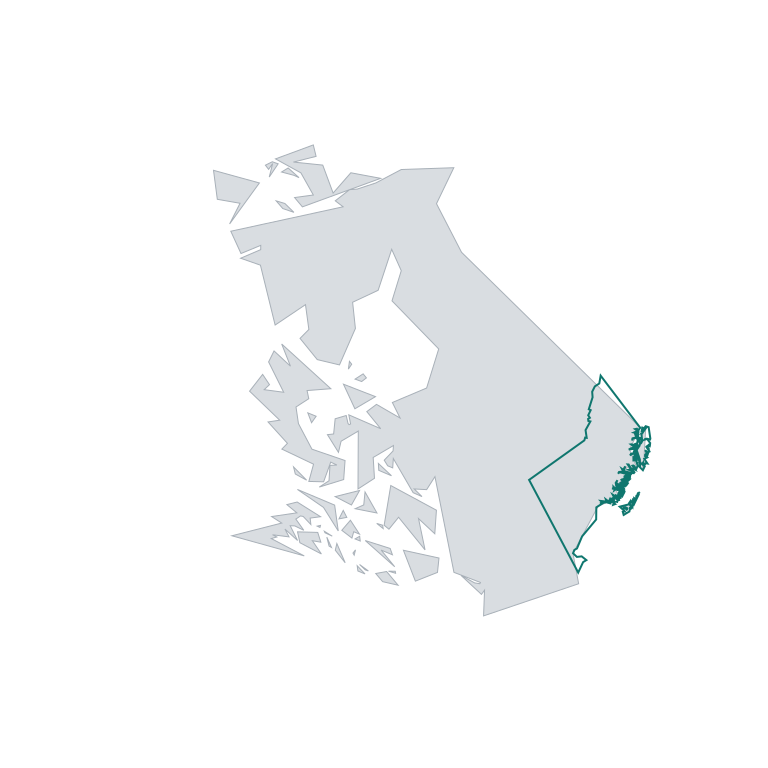 Canada, with British Columbia highlighted, rotated 240°
{"feature_id": "CAN-633", "entity_name": "British Columbia", "entity_type": "Province", "adm_level": 1, "iso_a3": "CAN", "parent_name": "Canada", "parent_adm1": "", "projection": "albers", "projection_center": [-126.982, 54.153], "detail": "fine", "context": "in_parent", "style": "outline", "palette": "teal", "viewbox_px": 768, "rotation_deg": 240, "n_neighbors": 0, "source": "natural_earth", "source_scale": "10m", "svg_char_len": 9925}
<svg xmlns="http://www.w3.org/2000/svg" viewBox="0 0 768 768"><g transform="rotate(240 384 384)"><path d="M171.2,508.4L142.9,463.0L113.7,452.7L133.4,354.3L155.2,368.0L153.1,363.2L179.7,355.0L166.5,363.0L163.1,367.1L163.9,368.3L185.9,350.4L278.3,381.8L271.2,368.1L278.0,357.7L267.5,360.6L275.3,354.9L314.8,354.8L307.0,349.6L311.3,346.3L317.9,346.1L321.5,358.4L326.0,361.4L325.8,337.9L307.1,328.6L306.1,309.0L356.1,338.2L355.9,318.2L347.6,310.4L368.4,309.7L365.9,315.4L378.3,324.3L375.6,335.5L367.8,333.1L366.3,333.4L366.1,335.1L374.9,338.1L346.9,358.8L368.7,355.3L370.1,367.3L346.5,380.9L363.8,382.0L359.2,418.9L387.0,448.9L452.0,432.5L473.5,455.6L496.8,458.0L468.1,425.8L470.5,397.7L446.4,387.0L422.8,355.0L438.5,338.4L465.5,334.1L468.8,346.2L492.0,355.7L489.5,319.2L548.7,336.4L564.6,322.7L562.0,344.4L565.7,346.6L568.5,325.4L592.9,327.7L557.9,437.2L567.0,433.4L569.5,451.4L566.2,458.2L562.2,477.5L561.1,506.2L536.4,552.6L513.9,519.6L459.3,517.0L218.1,584.1L204.6,563.9L184.9,561.0L191.7,551.0L182.3,553.9L179.9,531.1L168.1,532.1L171.2,508.4ZM337.4,302.7L343.0,298.8L329.5,282.8L337.2,270.2L349.8,282.9L378.7,263.0L380.9,270.7L409.1,264.6L404.8,275.6L445.0,264.0L453.0,283.7L440.7,284.5L439.0,277.4L427.0,293.0L460.8,295.1L467.6,305.3L446.2,311.9L469.8,315.4L406.5,335.6L416.8,314.1L408.9,311.5L408.1,296.3L392.5,290.1L363.6,289.0L337.2,312.0L321.4,301.3L327.1,276.4L327.7,288.0L340.5,296.5L337.4,302.7ZM275.0,229.0L328.6,176.4L314.7,225.9L325.4,220.4L316.0,244.1L328.1,239.6L325.2,249.8L300.8,262.7L304.8,253.0L298.9,250.4L309.7,247.8L311.5,245.7L311.1,240.1L297.4,241.4L305.7,235.8L308.2,231.9L291.7,230.9L307.9,225.7L299.1,225.3L309.2,212.1L305.1,214.7L306.5,209.1L275.0,229.0ZM219.8,336.6L261.3,330.0L255.8,315.7L261.6,313.5L292.7,339.1L248.5,366.3L228.9,353.1L250.2,346.6L219.8,336.6ZM604.2,440.4L574.8,435.4L583.5,460.9L563.8,483.9L578.2,401.9L590.2,399.8L583.0,417.3L608.4,417.6L633.2,402.6L626.4,442.3L615.1,439.0L621.5,416.5L604.2,440.4ZM197.6,312.6L230.3,317.7L205.8,344.6L194.1,336.1L197.6,312.6ZM268.1,244.8L288.6,231.8L299.2,235.2L288.6,252.4L278.6,250.2L284.1,243.6L268.1,244.8ZM279.6,270.9L307.4,269.9L336.0,256.3L303.8,280.7L279.6,270.9ZM220.4,301.9L257.8,289.5L238.5,307.1L231.9,305.9L241.6,298.5L220.4,301.9ZM599.8,330.3L612.5,349.7L627.3,332.0L654.3,343.2L620.4,376.6L599.8,330.3ZM275.8,313.4L290.4,296.7L289.4,306.0L300.0,313.6L275.8,313.4ZM377.3,370.3L377.1,346.4L404.1,348.8L377.3,370.3ZM295.5,295.3L310.9,285.4L304.0,309.6L295.5,295.3ZM224.0,282.1L220.3,292.5L202.7,295.6L213.5,284.0L224.0,282.1ZM278.4,274.3L282.8,286.8L266.3,287.7L271.2,283.9L266.6,279.2L278.4,274.3ZM248.6,261.0L264.4,258.7L269.4,263.4L248.6,261.0ZM180.4,565.9L200.4,570.1L216.9,589.9L180.4,565.9ZM339.4,268.9L350.4,262.2L357.4,264.2L339.4,268.9ZM300.8,344.6L311.8,336.3L318.0,339.4L300.8,344.6ZM289.7,277.6L294.9,285.5L287.1,285.1L289.7,277.6ZM271.1,255.4L280.0,257.9L268.7,256.8L271.1,255.4ZM386.7,301.9L397.1,303.6L390.0,309.1L386.7,301.9ZM232.4,274.8L239.9,272.6L229.9,277.0L232.4,274.8ZM266.9,308.0L262.4,312.2L259.2,311.0L266.9,308.0ZM620.6,388.1L630.6,397.8L627.6,391.4L632.8,390.7L632.3,398.4L627.6,402.4L620.6,388.1ZM235.1,267.9L240.0,269.9L229.0,272.6L235.1,267.9ZM596.5,382.2L589.9,388.4L577.7,391.8L586.5,384.1L596.5,382.2ZM402.7,361.4L403.2,371.0L398.1,371.8L397.3,365.9L402.7,361.4ZM152.1,535.7L159.8,527.1L156.9,536.5L152.1,535.7ZM278.1,263.1L284.7,258.5L286.3,258.7L278.1,263.1ZM264.3,281.5L264.3,286.8L259.9,284.9L264.3,281.5ZM605.2,413.6L609.8,410.3L618.8,401.3L619.0,409.0L605.2,413.6ZM414.7,360.6L420.9,365.4L417.3,365.9L414.7,360.6ZM219.7,294.3L216.2,300.1L214.3,299.4L219.7,294.3ZM294.3,255.1L293.3,258.3L291.8,256.8L294.3,255.1ZM253.1,272.6L254.6,276.4L250.7,272.6L253.1,272.6ZM153.3,537.7L156.9,540.8L161.3,549.1L153.3,537.7Z" fill="#d9dde1" stroke="#a8b0b8" stroke-width="1"/><path d="M282.9,575.8L218.0,584.0L216.7,580.9L218.8,580.7L219.4,578.9L216.5,580.3L217.0,576.2L214.8,578.5L214.6,579.8L210.7,577.3L211.5,576.0L212.8,578.6L214.4,576.3L211.6,575.8L212.7,572.1L212.1,571.4L210.9,570.8L212.3,572.0L211.5,575.1L209.1,576.1L205.1,572.8L206.1,573.6L206.6,570.7L205.8,569.8L207.9,568.4L208.2,567.7L203.2,569.9L204.6,567.0L204.9,563.2L202.5,568.9L201.3,567.6L199.7,568.4L200.5,565.6L199.1,568.8L198.2,567.8L196.7,568.4L194.8,567.9L199.4,565.2L200.1,563.2L199.2,561.4L199.2,565.0L197.3,566.1L195.3,566.2L196.5,564.9L195.4,564.1L192.9,564.4L195.5,563.3L193.1,561.8L192.0,564.0L188.6,563.3L189.6,564.6L186.8,563.3L184.3,560.1L188.3,559.5L188.8,559.1L189.0,558.3L184.4,558.6L186.0,557.5L186.6,555.7L192.0,555.6L192.5,554.8L186.9,555.3L187.4,553.1L185.4,554.9L186.6,555.4L184.9,557.6L183.8,553.1L188.8,548.1L192.0,551.8L190.2,548.3L191.6,547.6L188.5,547.4L190.3,543.6L189.3,541.9L189.9,543.8L185.6,548.3L183.9,549.2L183.8,545.9L183.0,547.8L183.9,545.2L181.1,548.5L180.4,548.3L181.6,546.5L182.3,542.0L183.0,541.5L180.2,542.4L180.0,538.9L177.6,537.4L176.9,534.3L180.0,536.7L182.4,535.6L184.0,538.1L182.5,535.2L178.0,533.7L178.3,531.7L180.2,531.3L178.8,530.6L179.5,529.2L177.2,531.9L177.4,531.2L176.8,530.5L177.0,531.9L175.3,533.4L174.8,536.1L169.7,529.7L170.2,527.5L172.2,529.8L171.0,527.1L172.8,527.3L173.9,526.7L171.6,526.6L169.7,527.4L169.0,524.6L167.5,524.9L168.0,522.1L170.3,525.5L170.8,525.7L170.8,523.5L168.4,521.8L169.3,521.3L170.6,522.4L171.5,522.4L169.7,519.8L173.2,518.4L170.9,517.9L174.4,513.2L172.9,513.6L172.3,511.4L172.4,514.3L170.1,518.1L171.4,515.0L171.0,506.2L160.6,500.0L153.0,479.4L145.1,468.9L145.1,465.9L142.9,463.1L137.8,464.6L135.9,469.0L130.3,471.2L130.2,467.4L123.6,457.9L228.4,461.7L235.0,529.3L237.0,531.4L236.0,532.6L243.3,535.5L248.4,544.0L249.8,542.5L251.7,543.3L251.8,545.4L254.8,545.2L258.0,549.9L259.7,548.7L268.2,558.0L273.2,560.4L276.5,565.4L276.8,570.7L282.9,575.8ZM216.6,589.5L214.3,591.6L203.6,587.4L202.9,586.7L205.3,584.2L205.8,582.7L205.5,581.7L204.9,584.4L199.8,585.0L197.9,583.6L199.7,582.3L198.8,583.0L198.6,580.5L196.7,581.6L197.3,581.1L197.6,579.8L192.8,580.1L193.0,578.1L196.1,577.1L192.8,576.9L192.2,574.8L190.9,574.0L188.8,575.1L189.1,572.0L183.4,572.4L184.5,571.0L183.3,568.5L186.6,569.5L185.8,567.9L186.8,567.0L182.3,568.6L179.9,565.1L183.6,564.1L190.7,567.8L200.5,569.8L202.7,574.3L204.8,576.5L204.2,577.1L205.5,579.2L211.7,581.7L215.0,589.1L215.8,587.4L216.6,589.5ZM153.1,536.9L152.5,534.9L154.4,535.6L150.9,532.8L150.8,526.1L153.9,526.9L153.2,528.8L156.5,528.3L155.8,530.8L153.0,531.5L155.0,531.9L154.1,532.9L156.3,531.7L157.0,529.6L156.4,527.9L159.9,526.8L157.2,536.4L153.1,536.9ZM162.1,548.9L160.9,549.3L154.5,539.9L156.0,539.4L153.2,537.6L158.3,536.7L159.5,539.2L156.8,538.8L159.3,540.4L157.2,540.2L156.8,540.8L158.9,541.7L157.6,542.7L160.2,546.8L161.4,545.9L160.5,547.0L162.1,548.9ZM177.8,543.8L175.7,542.1L176.4,542.0L176.1,541.6L177.6,540.1L177.4,539.7L175.3,541.0L176.1,537.1L179.6,540.3L179.1,544.8L178.1,544.9L178.9,541.4L178.8,540.8L177.8,543.8ZM168.7,530.3L171.4,532.2L174.5,537.5L172.8,537.9L168.7,530.3ZM171.8,537.7L170.4,538.4L166.9,533.1L170.3,535.2L171.8,537.7ZM184.7,548.9L188.2,548.2L183.7,552.0L184.7,548.9ZM191.4,574.9L192.1,578.2L189.9,575.7L191.4,574.9ZM167.5,529.3L166.1,529.4L165.7,530.5L166.1,529.1L167.8,528.0L168.9,529.6L167.3,530.8L167.5,529.3ZM182.9,554.1L181.9,551.2L183.3,551.1L182.9,554.1ZM175.8,543.3L176.5,546.5L174.7,542.3L175.8,543.3ZM182.9,554.6L182.6,557.5L181.9,555.7L182.9,554.6ZM181.0,544.0L179.9,547.3L180.5,542.8L181.0,544.0ZM175.6,536.2L175.7,533.5L177.9,532.7L177.5,534.1L176.9,534.0L176.1,534.8L175.6,536.2ZM192.4,566.3L194.7,564.5L195.5,565.4L194.7,566.4L192.4,566.3ZM206.4,576.2L208.6,576.6L210.3,578.8L208.0,577.6L206.4,576.2ZM168.1,533.2L168.6,531.3L169.6,533.9L168.1,533.2ZM179.4,544.8L179.7,546.7L178.4,545.8L178.3,546.1L177.6,545.7L179.4,544.8ZM175.7,539.3L174.9,536.7L175.4,536.9L175.7,539.3ZM202.3,570.0L201.8,568.7L203.5,571.2L202.9,572.1L202.9,570.9L202.3,570.0ZM169.1,520.0L167.9,519.9L169.9,517.9L169.1,520.0ZM176.8,534.4L177.1,536.9L175.7,536.4L176.8,534.4ZM202.5,573.1L201.6,572.0L201.5,570.5L202.6,571.1L202.5,573.1ZM164.8,522.0L165.7,522.9L164.5,523.8L164.8,522.0ZM178.0,546.6L178.9,547.9L178.5,548.6L178.0,546.6ZM181.5,549.2L180.7,550.7L179.5,549.8L180.0,548.9L181.5,549.2ZM173.6,538.3L174.0,540.4L173.0,538.5L173.6,538.3ZM216.1,586.5L215.0,587.0L214.4,584.6L215.2,585.7L216.1,586.5ZM158.5,542.7L158.8,542.7L158.7,542.8L160.1,543.6L159.1,544.1L158.5,542.7ZM182.6,549.6L183.2,548.3L183.7,549.4L182.6,549.6ZM196.0,580.3L195.3,581.6L195.3,580.5L196.0,580.3ZM205.1,572.1L204.4,570.1L205.6,571.6L205.1,572.1ZM181.9,550.8L181.1,550.2L182.1,549.5L181.9,550.8ZM162.0,549.6L162.3,550.2L162.5,551.5L162.0,549.6ZM203.9,573.3L203.9,570.9L204.7,572.7L203.9,573.3ZM194.2,567.2L195.2,567.4L192.4,567.8L194.2,567.2ZM181.3,544.9L181.0,543.0L182.0,542.5L181.3,544.9ZM182.5,550.0L183.3,550.7L182.2,549.9L182.5,550.0ZM192.8,564.8L190.4,564.5L192.3,564.3L192.8,564.8ZM200.4,568.8L201.0,569.5L200.0,569.4L200.3,569.1L200.4,568.8ZM205.8,570.2L205.7,570.1L206.3,570.9L205.8,570.2ZM167.8,521.2L167.8,520.1L168.0,520.6L167.8,521.2ZM215.9,585.4L213.6,582.9L216.4,585.4L215.9,585.4ZM179.7,544.3L179.6,543.1L179.8,541.9L179.7,544.3ZM199.9,568.7L199.3,569.4L198.3,569.2L199.9,568.7ZM197.6,582.7L198.4,582.1L198.4,583.0L197.6,582.7ZM189.0,566.3L190.9,566.8L188.7,566.6L189.0,566.3ZM198.1,568.4L198.0,569.1L197.0,568.8L198.1,568.4ZM210.6,576.1L209.7,576.5L210.9,575.6L210.6,576.1ZM215.9,579.1L215.3,578.2L216.1,578.6L215.9,579.1ZM165.7,526.6L166.0,527.7L165.3,527.0L165.7,526.6ZM208.7,578.6L210.0,579.3L208.5,578.7L208.7,578.6ZM184.0,564.0L185.0,563.7L185.2,564.4L184.0,564.0ZM167.5,531.7L166.7,530.8L167.6,531.5L167.5,531.7ZM168.6,521.0L169.3,521.1L168.4,521.4L168.6,521.0ZM172.0,538.8L172.7,539.5L171.7,538.8L172.0,538.8ZM165.1,524.1L165.6,523.5L166.0,524.3L165.1,524.1ZM212.5,581.9L213.0,582.7L212.3,582.1L212.5,581.9ZM193.5,566.7L194.2,566.8L192.8,567.0L193.5,566.7ZM205.2,577.9L206.3,579.1L205.3,578.5L205.2,577.9ZM215.9,579.4L215.8,580.3L215.4,580.2L215.9,579.4Z" fill="none" stroke="#0f766e" stroke-width="2"/></g></svg>